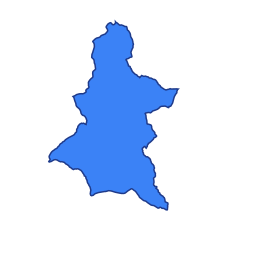 the district of Guayabetal, Cundinamarca, Colombia, rotated 130°
{"feature_id": "7082276B39742975331466", "entity_name": "Guayabetal", "entity_type": "district", "adm_level": 2, "iso_a3": "COL", "parent_name": "Colombia", "parent_adm1": "Cundinamarca", "projection": "mercator", "projection_center": [-73.849, 4.248], "detail": "fine", "context": "isolated", "style": "filled", "palette": "blue", "viewbox_px": 256, "rotation_deg": 130, "n_neighbors": 0, "source": "geoboundaries", "source_scale": "gbopen_adm2", "svg_char_len": 5873}
<svg xmlns="http://www.w3.org/2000/svg" viewBox="0 0 256 256"><g transform="rotate(130 128 128)"><path d="M187.7,101.5L186.9,100.1L185.3,96.3L183.9,93.7L182.3,90.9L180.8,89.1L179.5,88.3L176.3,87.7L172.4,86.4L171.9,85.3L171.9,83.1L171.7,82.3L171.9,80.5L172.7,77.6L172.9,76.3L173.6,74.9L173.7,73.8L173.6,72.4L173.6,70.7L173.5,69.3L172.6,67.3L172.6,65.0L172.2,60.9L171.9,60.2L170.7,58.1L170.1,53.6L169.5,52.9L168.3,52.6L167.9,52.2L167.6,51.1L167.7,50.4L167.4,50.0L166.8,49.2L166.5,48.6L166.2,46.2L165.4,45.3L164.6,45.7L163.9,46.4L162.8,46.9L162.3,47.7L161.6,48.0L161.3,48.0L160.6,48.5L159.9,49.2L159.9,49.6L160.2,50.5L160.6,52.1L158.7,54.3L158.1,55.4L158.1,56.4L157.8,57.4L158.0,58.5L158.2,59.1L158.0,60.0L158.2,60.9L158.0,61.2L157.6,61.5L157.4,61.9L157.5,62.4L157.5,63.6L157.2,64.1L156.8,64.2L156.2,65.2L156.1,67.2L156.2,67.7L154.8,67.9L154.5,68.2L154.6,68.7L155.2,69.2L155.5,69.9L155.2,70.4L155.2,70.8L155.3,71.3L155.1,71.7L154.5,72.4L153.0,73.1L152.9,73.3L152.2,73.8L150.4,75.8L150.0,76.1L149.5,76.2L148.3,75.9L147.1,76.1L146.4,76.9L145.3,77.7L145.0,78.0L144.9,78.3L145.0,78.9L144.3,79.8L143.7,80.9L143.1,81.5L141.6,82.0L141.3,82.8L140.4,83.7L139.9,85.4L139.9,86.8L139.7,87.5L139.5,88.0L139.0,88.6L138.4,89.8L137.8,90.5L137.4,91.7L137.5,94.5L138.4,95.6L138.3,96.9L138.4,97.9L138.2,99.2L137.8,99.6L137.3,100.0L136.8,101.5L135.7,102.2L135.2,103.4L134.2,104.0L133.5,103.7L132.8,103.7L132.3,103.6L131.8,103.7L131.3,103.3L131.8,101.1L131.3,101.1L130.5,101.4L129.7,101.4L128.7,102.1L127.2,102.2L126.7,102.5L125.6,102.0L122.9,101.6L121.3,101.5L120.9,101.4L120.1,101.4L119.4,101.7L118.8,101.8L118.1,101.3L117.3,101.0L116.2,100.8L115.8,100.9L115.5,101.4L115.3,103.6L114.4,104.4L114.2,104.7L113.7,108.1L113.4,108.8L112.5,110.1L111.8,110.7L111.4,111.2L111.0,112.0L111.0,112.5L111.4,113.6L111.9,114.8L112.5,115.7L112.5,116.1L110.1,118.5L108.9,120.3L106.8,122.4L105.8,124.2L105.3,124.1L103.5,122.8L102.7,122.0L101.9,120.5L100.9,120.2L99.7,120.1L99.1,120.0L96.8,118.6L94.4,117.3L93.7,117.3L92.3,116.9L91.4,117.0L90.3,116.6L89.6,116.0L87.4,113.7L86.9,112.3L86.6,110.6L86.3,110.0L86.1,109.9L85.4,110.3L85.1,110.4L84.4,109.7L83.7,109.3L80.2,109.9L75.1,112.3L74.0,112.7L71.5,113.2L69.9,113.2L69.4,113.4L68.8,114.0L68.3,114.2L66.6,114.7L65.9,114.6L66.7,115.8L69.8,119.3L70.6,120.3L70.8,121.0L72.2,121.7L72.8,122.3L74.1,123.1L74.5,123.5L75.1,125.4L75.1,126.5L75.4,127.3L75.2,128.3L75.5,129.3L74.9,130.6L75.0,132.5L74.8,133.5L74.3,134.4L74.2,135.2L73.8,136.0L73.5,137.8L73.8,139.0L74.4,139.7L74.9,142.3L75.7,143.4L76.0,143.9L76.0,144.4L75.9,145.0L75.9,145.4L76.4,146.3L77.1,148.1L78.0,148.8L78.4,149.3L79.0,151.3L81.8,151.4L81.6,152.3L82.0,153.2L82.1,153.8L81.7,155.4L82.2,157.0L82.0,160.5L81.8,160.8L81.7,161.7L81.2,162.2L81.1,163.0L80.9,163.4L80.5,163.7L80.4,164.8L79.6,165.9L79.7,166.5L80.1,167.2L80.1,167.7L79.4,168.3L78.6,169.9L78.2,170.5L77.0,172.9L77.1,173.4L76.4,173.5L75.7,173.2L74.5,172.4L72.5,171.8L71.4,170.9L71.2,170.8L70.9,170.8L70.4,171.3L68.8,173.6L68.1,174.4L67.5,174.7L64.8,175.6L63.2,175.9L61.4,177.3L60.3,177.7L59.7,178.8L58.9,179.6L57.4,181.6L56.5,184.1L56.1,184.9L54.7,186.4L54.0,187.6L53.3,189.7L53.2,190.3L53.3,191.3L53.1,191.7L51.5,193.7L51.3,194.3L51.4,194.6L52.3,195.7L52.4,196.0L52.4,196.9L53.3,199.3L53.6,199.7L54.2,200.0L54.5,200.4L54.6,201.3L54.5,203.6L54.8,205.3L54.7,205.8L55.0,205.5L55.8,205.1L56.4,205.0L57.5,205.1L58.0,205.4L58.5,205.8L58.6,206.1L58.7,206.5L58.4,208.4L58.6,209.1L59.0,209.4L59.6,209.7L61.3,210.2L63.8,210.0L64.7,209.7L65.1,209.0L65.4,207.9L65.8,207.0L66.5,206.1L67.3,205.8L68.7,205.9L70.3,205.8L71.0,206.1L74.3,207.9L75.1,208.0L76.5,208.0L77.1,208.3L79.4,209.9L81.1,210.4L84.2,210.7L84.5,210.4L84.8,209.0L85.3,208.1L85.9,207.3L87.1,206.3L87.4,205.9L92.8,203.6L94.8,202.9L97.2,201.2L97.3,200.9L97.5,198.5L97.8,197.8L98.4,197.0L99.9,195.5L100.3,194.5L101.1,193.5L103.6,190.8L104.3,190.7L105.2,190.8L106.5,191.1L107.7,191.0L109.2,189.9L109.7,189.3L110.9,188.1L111.7,187.7L112.0,187.6L113.8,188.0L115.6,188.1L117.8,187.9L118.9,187.4L119.8,186.4L120.6,185.9L121.1,185.3L121.4,184.6L121.9,184.2L122.3,184.0L122.8,184.0L124.9,184.6L125.9,184.6L126.2,184.5L127.2,183.4L127.7,183.3L129.9,184.0L130.3,184.3L130.9,184.7L131.8,185.9L133.2,187.3L135.5,188.9L137.3,189.4L139.2,190.4L139.3,189.7L139.4,189.1L141.4,186.2L142.3,184.5L143.0,183.4L143.7,182.7L144.0,182.3L144.5,181.2L144.6,179.9L144.6,178.1L144.8,176.8L145.6,175.1L146.9,173.4L147.3,172.2L147.4,171.2L147.3,170.6L146.9,169.9L146.8,168.4L147.7,165.9L148.0,165.7L148.7,164.3L149.6,163.9L150.1,163.4L151.6,163.0L152.2,162.4L152.5,163.0L152.8,164.9L152.9,165.2L153.7,165.7L154.0,166.0L154.1,166.6L155.5,167.3L156.3,167.5L158.2,167.5L159.2,167.3L160.4,166.6L161.8,166.5L162.4,166.2L162.7,165.9L163.5,165.3L164.3,164.9L165.5,165.2L167.4,164.9L168.6,165.2L173.6,167.3L177.3,168.4L178.9,168.3L180.5,169.0L180.9,169.1L182.0,169.0L183.5,169.6L184.5,169.6L185.4,169.4L186.0,169.3L187.3,169.6L188.8,169.4L189.6,169.6L191.3,170.3L192.6,170.5L193.9,170.9L195.4,171.1L196.8,171.0L199.8,170.4L200.3,170.2L200.8,169.9L201.4,169.0L201.7,168.6L201.9,167.7L202.1,167.4L202.9,167.2L204.5,167.2L204.7,166.5L203.0,165.3L200.7,164.5L199.8,164.1L198.9,163.3L198.3,162.2L198.0,161.3L197.9,160.1L197.3,158.0L196.3,157.0L195.3,154.7L195.5,152.4L195.1,151.1L195.2,150.6L195.0,149.7L195.0,149.2L195.4,148.2L195.5,147.6L195.2,146.7L195.2,144.8L195.0,143.4L194.8,143.0L193.9,142.7L193.0,141.8L192.6,141.1L192.1,140.9L191.6,140.3L191.1,139.1L191.0,138.1L190.7,136.8L191.0,135.1L191.6,133.4L191.8,132.5L192.1,131.6L192.8,130.7L192.5,129.8L192.5,129.2L192.7,128.7L193.3,128.2L193.8,127.4L194.3,125.9L194.6,125.7L194.7,125.3L195.4,124.7L196.0,123.6L196.3,122.8L196.4,121.9L196.8,121.6L197.7,119.0L199.6,116.4L200.3,116.1L202.7,114.6L203.5,113.3L203.3,112.4L201.9,111.4L200.4,111.2L199.3,110.9L196.4,109.1L191.8,105.2L191.0,104.3L189.9,103.5L188.7,102.8L187.7,101.5Z" fill="#3b82f6" stroke="#1e3a8a" stroke-width="1.5"/></g></svg>